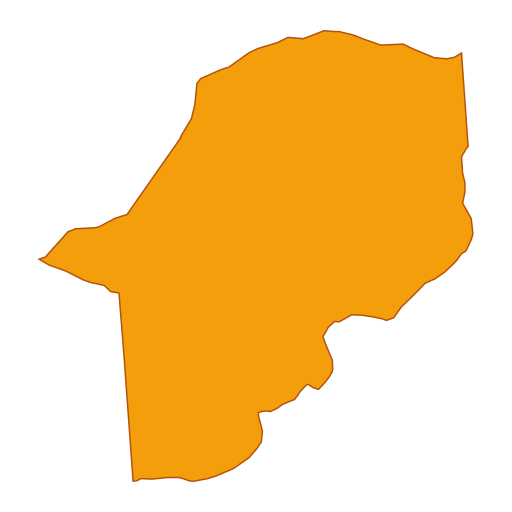 Perou, Anse-la-Raye, Saint Lucia
{"feature_id": "8701671B34343071784823", "entity_name": "Perou", "entity_type": "district", "adm_level": 2, "iso_a3": "LCA", "parent_name": "Saint Lucia", "parent_adm1": "Anse-la-Raye", "projection": "albers", "projection_center": [-61.007, 13.959], "detail": "fine", "context": "isolated", "style": "filled", "palette": "amber", "viewbox_px": 512, "rotation_deg": 0, "n_neighbors": 0, "source": "geoboundaries", "source_scale": "gbopen_adm2", "svg_char_len": 1838}
<svg xmlns="http://www.w3.org/2000/svg" viewBox="0 0 512 512"><path d="M472.9,233.7L471.2,218.5L462.6,203.2L464.9,192.1L464.9,182.6L462.6,173.2L461.5,156.8L466.5,148.2L468.1,146.5L461.5,53.0L454.6,57.2L447.0,58.8L434.2,57.7L412.8,48.8L403.1,44.1L380.7,45.1L362.8,38.8L353.6,35.1L339.3,31.6L335.1,31.6L324.0,30.7L312.8,35.1L303.4,38.7L287.9,37.4L277.2,42.7L258.3,48.4L248.9,52.8L229.1,67.0L221.0,69.6L200.8,78.5L197.0,83.3L194.8,105.0L191.4,118.7L181.9,134.6L180.3,137.8L181.3,137.0L127.9,213.2L127.9,213.9L127.1,214.5L115.1,218.3L98.9,226.9L94.7,227.8L74.8,228.8L74.4,229.4L68.3,231.5L59.8,240.9L45.3,257.1L39.1,259.2L48.8,264.9L65.9,271.1L83.9,280.2L90.8,282.5L104.2,285.4L110.7,291.6L119.0,293.0L124.0,355.6L133.1,481.2L136.9,480.7L141.1,478.6L145.2,478.8L152.1,479.1L160.9,478.2L167.3,477.5L178.9,477.5L183.1,478.6L186.7,479.9L188.9,480.7L189.8,480.9L193.1,481.3L207.8,478.6L216.2,475.9L233.0,468.8L245.3,460.3L249.2,457.5L257.1,448.3L261.3,441.8L261.9,436.6L262.4,431.5L260.8,424.5L258.7,416.9L258.2,412.6L261.8,411.5L263.4,411.3L266.0,411.0L269.1,411.4L270.2,411.5L271.4,411.0L277.1,408.3L280.3,406.0L282.3,404.5L288.6,401.8L291.2,400.8L294.4,399.6L297.1,396.1L298.7,394.0L298.9,393.1L300.5,391.2L304.9,386.4L306.4,385.1L306.9,384.6L308.6,384.6L310.9,386.1L311.8,386.7L312.9,387.5L315.5,388.4L318.6,389.3L324.9,382.5L329.2,376.9L332.1,371.9L332.7,369.0L332.5,363.4L332.4,360.4L325.5,343.9L322.9,336.6L325.3,332.7L327.9,327.7L334.4,321.5L339.1,321.8L344.5,318.9L348.9,316.4L351.7,314.8L356.7,315.0L362.4,315.2L367.2,316.0L373.5,317.0L378.9,318.1L381.8,318.7L384.4,319.6L386.4,320.4L393.7,317.8L397.1,312.9L401.4,306.9L413.7,295.0L425.2,283.2L435.2,278.7L444.6,272.1L450.0,267.1L454.3,263.0L455.7,261.4L457.4,259.4L459.8,256.0L461.9,253.4L465.8,251.2L471.4,239.3L472.9,233.7Z" fill="#f59e0b" stroke="#b45309" stroke-width="1.5"/></svg>